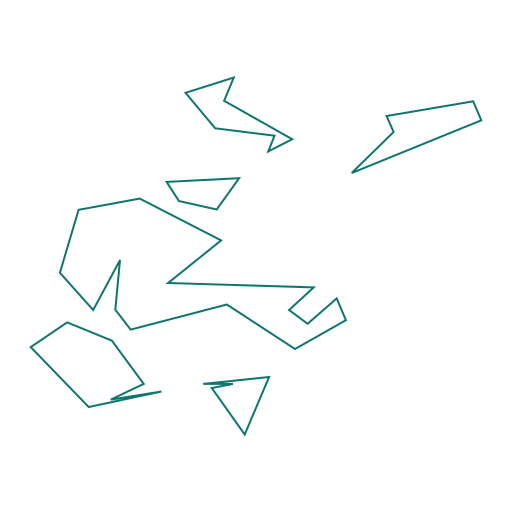 the Unitary District of Orkney
{"feature_id": "GBR-2744", "entity_name": "Orkney", "entity_type": "Unitary District", "adm_level": 1, "iso_a3": "GBR", "parent_name": "United Kingdom", "parent_adm1": "", "projection": "robinson", "projection_center": [-2.916, 59.046], "detail": "coarse", "context": "isolated", "style": "outline", "palette": "teal", "viewbox_px": 512, "rotation_deg": 0, "n_neighbors": 0, "source": "natural_earth", "source_scale": "10m", "svg_char_len": 724}
<svg xmlns="http://www.w3.org/2000/svg" viewBox="0 0 512 512"><path d="M336.7,298.4L345.9,320.2L295.0,349.0L226.8,304.5L130.7,329.6L115.3,309.7L120.0,260.1L93.2,310.0L59.9,272.8L78.6,209.8L139.7,198.6L221.1,240.4L168.1,283.0L313.7,287.4L289.1,310.0L307.6,323.8L336.7,298.4ZM110.8,399.6L161.5,391.5L88.7,407.0L30.7,347.1L67.2,322.4L111.9,340.7L143.7,383.9L110.8,399.6ZM386.6,116.0L473.2,101.3L481.3,120.3L351.7,173.0L393.6,132.0L386.6,116.0ZM215.2,128.3L185.5,92.8L233.8,77.5L224.1,100.8L292.2,139.2L268.3,151.4L274.5,135.7L215.2,128.3ZM203.2,383.9L269.1,377.0L244.7,434.5L211.8,388.0L232.9,383.9L203.2,383.9ZM216.7,209.5L179.0,201.1L166.6,181.9L239.1,178.2L216.7,209.5Z" fill="none" stroke="#0f766e" stroke-width="2"/></svg>